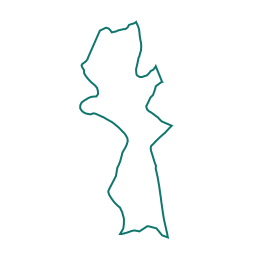 outline of Sharas, Hajjah, Yemen, rotated 188°
{"feature_id": "15242507B8279696782405", "entity_name": "Sharas", "entity_type": "district", "adm_level": 2, "iso_a3": "YEM", "parent_name": "Yemen", "parent_adm1": "Hajjah", "projection": "equal_earth", "projection_center": [43.654, 15.731], "detail": "fine", "context": "isolated", "style": "outline", "palette": "teal", "viewbox_px": 256, "rotation_deg": 188, "n_neighbors": 0, "source": "geoboundaries", "source_scale": "gbopen_adm2", "svg_char_len": 2471}
<svg xmlns="http://www.w3.org/2000/svg" viewBox="0 0 256 256"><g transform="rotate(188 128 128)"><path d="M73.3,25.2L74.7,29.3L79.8,42.8L81.9,49.7L84.1,57.4L84.6,59.0L85.8,63.6L86.4,65.5L88.9,74.3L91.9,83.7L94.9,91.7L95.0,92.7L95.0,94.5L95.3,94.9L97.0,98.0L100.2,104.9L102.2,109.0L102.7,111.3L102.7,112.4L102.7,112.6L102.5,113.6L101.1,115.2L98.7,118.7L95.1,123.3L92.7,126.1L90.9,128.1L87.3,133.3L85.0,136.3L95.7,139.3L97.9,141.0L100.1,142.8L102.4,143.9L102.6,144.1L105.0,145.4L107.4,146.7L109.6,147.5L111.7,149.1L113.0,151.9L112.3,154.0L110.0,161.3L109.7,161.7L107.8,164.2L106.7,169.7L106.3,173.2L100.9,178.5L100.7,178.5L109.1,193.0L109.3,192.4L111.1,189.2L113.4,187.6L114.8,185.1L116.5,182.8L118.8,181.7L121.0,180.5L123.4,180.1L125.9,181.1L126.8,181.9L127.4,183.4L128.2,187.1L127.9,190.4L127.6,194.1L127.3,199.1L126.7,200.8L126.5,203.6L126.4,203.7L125.9,206.8L126.2,209.8L126.2,210.4L126.9,213.9L127.1,214.4L127.7,216.2L127.9,216.7L128.9,219.8L129.7,223.0L130.5,226.1L131.5,228.9L133.0,231.4L134.4,233.4L134.8,234.1L135.1,233.7L135.3,233.4L137.1,232.2L139.1,231.4L141.4,230.1L142.4,227.5L144.1,225.8L144.6,225.5L146.4,225.2L151.2,223.3L151.4,223.2L153.2,222.0L155.4,221.2L157.3,220.4L157.4,220.5L159.0,222.2L160.8,223.7L163.0,224.2L163.7,224.2L164.4,223.8L169.4,220.5L177.5,191.7L177.5,190.9L178.3,189.4L178.8,188.3L182.3,184.9L182.7,183.5L181.7,181.6L179.6,179.2L179.1,176.2L177.4,174.0L175.3,171.9L173.2,170.1L171.4,168.7L170.9,168.2L168.5,166.8L166.4,165.4L164.3,163.5L163.1,160.9L162.4,157.5L162.5,157.2L163.8,154.8L166.2,154.4L168.7,153.7L171.1,152.4L173.2,150.7L175.6,148.7L177.5,146.7L178.4,143.9L178.3,142.7L178.1,140.9L176.3,138.7L174.1,137.3L171.6,136.5L169.1,136.3L166.6,136.4L164.5,137.7L162.0,137.6L154.6,135.4L154.2,135.4L151.8,134.4L149.4,133.4L146.9,132.5L144.5,131.5L142.2,130.3L142.0,130.1L140.1,128.9L139.7,128.7L137.3,127.2L135.2,125.6L133.2,124.0L131.0,122.4L129.1,120.4L127.2,117.8L126.4,114.7L126.8,112.8L126.9,111.7L127.8,108.4L129.0,105.6L130.1,102.8L130.4,99.5L130.8,96.4L131.2,93.4L131.4,92.7L132.0,90.3L132.3,89.4L133.0,87.4L133.3,78.7L138.2,64.6L138.7,62.7L138.6,61.9L137.4,59.3L135.6,57.1L134.3,55.7L133.7,55.0L131.7,53.0L129.4,51.1L127.1,49.4L125.3,48.4L124.9,48.1L122.1,43.9L119.4,37.6L118.7,32.3L118.7,27.6L120.0,24.6L121.1,21.9L119.3,22.2L117.1,23.1L114.8,24.1L112.4,25.3L110.1,26.5L107.7,27.4L106.9,27.4L105.2,27.4L102.3,27.2L95.2,33.4L93.7,33.5L85.9,32.6L79.3,26.5L73.3,25.2Z" fill="none" stroke="#0f766e" stroke-width="2"/></g></svg>